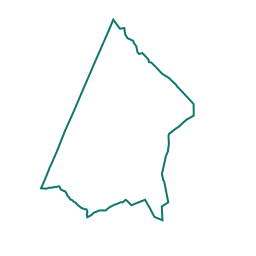 the district of Maria Helena, Paraná, Brazil, rotated 199°
{"feature_id": "56859067B83221867435385", "entity_name": "Maria Helena", "entity_type": "district", "adm_level": 2, "iso_a3": "BRA", "parent_name": "Brazil", "parent_adm1": "Paraná", "projection": "equal_earth", "projection_center": [-53.224, -23.591], "detail": "fine", "context": "isolated", "style": "outline", "palette": "teal", "viewbox_px": 256, "rotation_deg": 199, "n_neighbors": 0, "source": "geoboundaries", "source_scale": "gbopen_adm2", "svg_char_len": 1519}
<svg xmlns="http://www.w3.org/2000/svg" viewBox="0 0 256 256"><g transform="rotate(199 128 128)"><path d="M189.2,65.4L189.2,62.2L189.8,52.1L190.6,42.7L188.9,43.1L185.2,44.2L183.2,45.9L181.1,46.5L178.6,48.1L176.9,48.7L175.5,49.7L173.9,50.5L171.5,48.0L168.8,47.6L166.9,47.7L164.4,45.8L163.3,44.2L161.4,43.5L159.4,41.7L157.2,41.6L155.2,40.6L153.4,40.4L151.7,39.4L148.8,38.2L146.2,37.3L144.5,37.2L142.4,37.1L140.8,37.6L139.2,35.9L138.8,32.7L137.4,30.4L136.2,31.6L134.1,34.0L132.8,36.7L129.7,39.4L128.4,40.6L126.2,41.5L124.5,42.0L122.0,42.9L121.1,44.9L119.5,47.2L115.9,51.0L113.7,52.6L112.3,53.9L110.9,55.4L108.7,56.0L106.9,59.3L105.3,58.9L99.7,56.1L88.5,65.7L84.4,62.0L82.6,60.6L74.0,52.5L65.4,52.0L70.5,64.8L65.7,70.8L76.5,89.4L77.9,90.4L81.1,96.0L81.3,98.9L82.6,110.3L83.0,112.8L82.9,115.5L82.7,119.1L83.2,121.2L83.6,123.5L84.1,126.2L85.6,129.9L87.1,133.6L87.4,135.6L85.4,138.6L82.5,143.1L80.0,146.3L77.1,152.0L75.3,155.0L73.3,157.2L69.9,161.1L73.7,171.9L77.9,174.3L93.7,182.6L95.2,183.2L96.6,184.5L106.1,188.8L108.9,189.4L111.7,190.0L113.8,190.6L121.9,194.9L124.8,196.3L127.4,197.5L129.6,197.1L131.1,199.6L138.8,203.5L141.7,201.6L143.8,202.9L146.7,207.9L149.6,209.9L151.6,212.1L155.2,212.5L157.7,212.8L159.0,213.8L161.1,215.5L164.0,221.3L168.0,219.3L177.2,225.6L177.8,215.8L178.6,205.9L179.2,198.5L181.2,174.1L181.4,170.6L181.7,166.7L182.4,157.9L182.6,155.3L183.3,146.0L184.5,128.9L184.7,126.1L186.6,105.1L187.1,94.0L187.6,82.9L187.8,80.5L188.8,68.0L189.2,65.4Z" fill="none" stroke="#0f766e" stroke-width="2"/></g></svg>